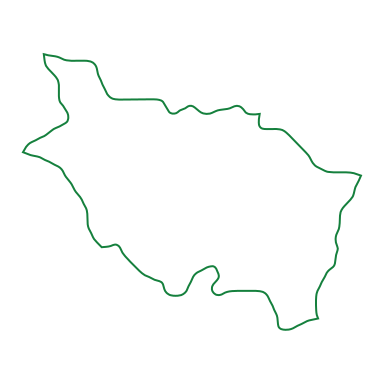 Rancho Arriba, San José de Ocoa, Dominican Republic (Albers equal-area conic projection)
{"feature_id": "3306468B42519572872146", "entity_name": "Rancho Arriba", "entity_type": "district", "adm_level": 2, "iso_a3": "DOM", "parent_name": "Dominican Republic", "parent_adm1": "San José de Ocoa", "projection": "albers", "projection_center": [-70.446, 18.713], "detail": "fine", "context": "isolated", "style": "outline", "palette": "green", "viewbox_px": 384, "rotation_deg": 0, "n_neighbors": 0, "source": "geoboundaries", "source_scale": "gbopen_adm2", "svg_char_len": 3860}
<svg xmlns="http://www.w3.org/2000/svg" viewBox="0 0 384 384"><path d="M23.0,152.2L30.6,155.1L32.8,155.6L37.3,156.5L39.4,157.1L40.4,157.5L45.0,160.0L49.1,161.7L54.5,164.7L58.4,166.6L60.1,167.8L61.6,169.3L62.8,171.0L64.7,174.9L65.8,176.7L70.5,182.6L71.7,184.4L74.7,190.2L75.9,192.0L80.1,197.0L81.8,199.7L83.6,203.7L86.1,208.3L86.8,210.4L87.3,213.8L87.7,224.3L88.1,226.5L88.8,228.6L91.2,233.2L93.0,237.2L94.1,239.1L97.0,242.4L101.7,247.2L106.4,246.8L108.6,246.5L110.7,246.0L113.2,245.0L114.9,244.6L115.8,244.6L116.7,244.8L118.3,245.7L119.0,246.3L120.1,247.8L122.4,252.6L123.8,254.5L125.3,256.4L130.4,261.9L139.3,270.8L142.0,273.2L145.0,275.3L149.1,277.0L154.6,279.8L159.5,281.2L161.3,282.1L162.0,282.7L163.0,284.3L164.3,289.0L165.1,290.9L166.3,292.5L167.1,293.3L168.9,294.5L169.9,295.0L171.0,295.3L173.3,295.7L175.6,295.8L177.9,295.7L181.2,295.1L183.2,294.1L184.9,292.8L186.3,291.2L186.8,290.3L188.5,286.3L190.9,281.8L193.1,276.9L194.3,275.1L195.8,273.6L197.4,272.4L201.3,270.5L206.7,267.5L208.7,266.8L210.6,266.4L212.4,266.2L213.3,266.3L214.2,266.7L215.0,267.2L216.2,268.7L218.4,273.8L218.8,275.6L218.8,276.5L218.6,277.5L218.2,278.5L217.0,280.2L213.4,284.2L212.3,286.2L212.0,287.2L211.9,289.4L212.2,290.5L212.6,291.5L213.8,293.1L215.5,294.4L216.4,294.8L218.6,295.1L219.7,295.0L221.6,294.5L225.1,292.6L227.2,291.9L229.5,291.4L232.0,291.1L237.0,290.9L256.1,290.9L259.8,291.2L262.1,291.7L263.3,292.1L265.1,293.2L265.9,293.9L267.3,295.5L268.3,297.3L270.1,301.2L272.6,305.8L274.2,309.9L276.1,313.7L276.9,315.6L277.4,317.8L278.0,324.2L278.4,326.2L278.8,327.1L279.5,328.0L280.3,328.6L281.2,329.1L283.2,329.6L285.4,329.8L288.7,329.6L290.9,329.1L293.0,328.3L297.5,325.8L301.5,324.0L307.1,321.1L309.2,320.4L318.1,318.5L316.8,315.0L316.4,312.6L316.2,310.2L316.0,305.3L316.0,300.3L316.2,296.6L316.5,294.2L316.8,293.0L317.5,290.9L319.9,286.3L321.7,282.2L324.8,276.8L326.7,272.9L327.9,271.3L329.3,269.9L333.0,267.0L333.6,266.3L334.2,265.5L334.9,263.6L336.1,255.0L337.5,250.4L337.8,248.7L337.4,246.9L335.9,242.4L335.6,239.1L335.8,236.9L336.3,234.8L338.8,229.1L339.3,226.8L339.7,223.1L340.0,215.7L340.6,212.1L341.6,209.9L342.9,207.9L344.5,206.0L350.4,199.7L352.6,196.8L353.1,195.8L353.8,193.6L354.8,189.3L355.4,187.2L358.8,180.6L361.0,175.6L353.9,173.2L350.4,172.6L345.5,172.3L333.1,172.3L328.3,171.9L327.1,171.7L325.0,170.9L316.5,166.6L314.9,165.4L312.8,163.0L311.7,161.2L309.7,157.3L308.4,155.3L305.9,152.5L289.1,135.2L286.4,132.7L284.5,131.2L282.3,130.0L280.0,129.4L276.3,129.0L267.8,129.1L264.4,129.0L262.3,128.6L261.3,128.1L260.4,127.4L259.8,126.6L259.3,125.7L259.0,124.7L258.8,122.6L258.9,119.2L259.7,113.9L255.4,114.4L253.1,114.4L249.8,114.2L247.8,113.7L246.0,112.7L245.4,112.1L243.2,109.2L241.2,107.3L239.5,106.3L237.4,105.9L236.4,105.9L234.4,106.3L229.8,108.3L227.5,108.9L220.1,109.9L217.7,110.4L215.6,111.2L211.9,112.9L209.9,113.6L206.5,113.9L203.2,113.4L201.1,112.5L199.2,111.2L194.9,107.6L193.1,106.4L191.2,105.8L189.3,105.9L187.8,106.5L185.2,108.3L180.2,110.3L179.4,110.8L177.6,112.3L176.1,113.2L174.3,113.6L172.3,113.6L170.5,113.0L169.7,112.5L169.0,111.8L163.1,102.0L162.4,101.3L161.4,100.6L159.3,99.9L157.0,99.5L153.2,99.3L119.2,99.6L115.4,99.3L113.0,98.8L111.8,98.3L110.0,97.2L108.5,95.7L107.2,94.1L104.9,89.3L102.5,84.6L100.9,80.5L98.6,75.8L97.9,73.8L96.8,68.4L96.1,66.4L95.0,64.6L93.5,63.1L92.7,62.5L90.6,61.5L86.9,60.8L83.1,60.7L71.5,60.8L66.5,60.3L64.1,59.7L59.4,57.5L57.4,56.8L55.2,56.3L48.3,55.3L43.8,54.2L44.6,60.6L45.0,62.8L45.7,65.0L46.2,66.1L48.4,69.0L54.4,75.3L56.0,77.2L57.3,79.2L57.9,80.3L58.5,82.6L58.9,85.0L58.9,96.1L59.1,98.4L59.5,100.6L60.3,102.5L63.1,105.8L67.3,112.6L68.0,114.6L68.2,115.6L68.3,117.8L68.2,118.8L67.6,120.8L67.1,121.7L65.6,123.0L59.6,126.4L55.6,128.1L53.6,129.1L51.7,130.5L46.2,134.8L44.2,136.1L40.2,137.8L35.6,140.3L31.7,142.1L29.9,143.1L28.2,144.5L26.1,146.9L23.0,152.2Z" fill="none" stroke="#15803d" stroke-width="2"/></svg>